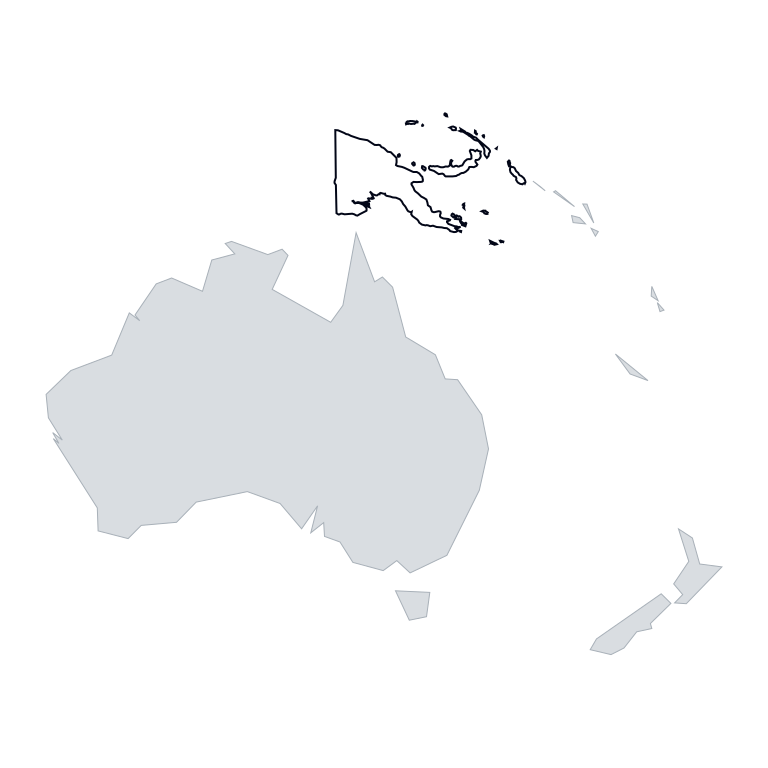 Papua New Guinea on a map of Oceania (orthographic projection)
{"feature_id": "PNG", "entity_name": "Papua New Guinea", "entity_type": "country or territory", "adm_level": 0, "iso_a3": "PNG", "parent_name": "Oceania", "parent_adm1": "", "projection": "orthographic", "projection_center": [148.76, -6.492], "detail": "fine", "context": "in_parent", "style": "outline", "palette": "ink", "viewbox_px": 768, "rotation_deg": 0, "n_neighbors": 5, "source": "natural_earth", "source_scale": "50m", "svg_char_len": 7816}
<svg xmlns="http://www.w3.org/2000/svg" viewBox="0 0 768 768"><path d="M657.3,302.6L664.0,310.1L660.0,311.6L657.3,302.6ZM658.1,300.7L651.2,296.1L651.8,286.4L658.1,300.7Z" fill="#d9dde1" stroke="#a8b0b8" stroke-width="1"/><path d="M615.4,354.0L648.0,380.6L630.1,374.0L615.4,354.0Z" fill="#d9dde1" stroke="#a8b0b8" stroke-width="1"/><path d="M598.3,231.6L595.4,236.2L591.1,228.3L598.3,231.6ZM587.0,204.1L593.8,223.0L582.8,204.0L587.0,204.1ZM585.5,223.9L573.1,222.6L571.6,215.6L579.7,217.7L585.5,223.9ZM555.5,190.7L574.5,206.6L553.6,191.9L555.5,190.7ZM540.3,186.6L545.2,190.8L532.9,181.1L540.3,186.6Z" fill="#d9dde1" stroke="#a8b0b8" stroke-width="1"/><path d="M721.9,566.9L686.3,603.7L674.6,602.9L682.7,594.6L673.7,583.9L688.8,561.4L678.5,528.9L692.4,538.0L699.7,564.0L721.9,566.9ZM596.5,638.9L661.2,593.8L670.9,603.4L650.4,623.5L651.8,628.5L636.7,631.8L624.0,648.0L611.0,654.6L590.2,649.7L596.5,638.9Z" fill="#d9dde1" stroke="#a8b0b8" stroke-width="1"/><path d="M395.5,590.8L429.8,592.4L426.5,616.7L409.3,620.2L395.5,590.8ZM196.2,502.1L176.5,522.3L141.2,525.4L128.1,538.6L98.1,530.9L97.3,507.9L53.3,438.6L58.9,443.4L52.7,432.6L62.3,440.1L48.4,417.8L46.1,394.4L70.9,370.5L111.7,355.1L129.3,312.9L139.7,320.7L135.0,315.0L156.2,283.9L171.6,278.0L202.5,291.3L211.8,260.0L234.8,253.9L225.2,243.5L231.5,241.4L267.8,254.6L282.1,249.2L288.0,255.4L272.2,289.4L330.7,322.3L342.9,305.4L356.1,232.7L374.6,281.8L382.4,277.0L392.6,287.2L405.7,337.0L435.4,354.8L445.2,378.9L457.6,379.7L481.7,414.8L488.5,448.9L479.3,490.3L446.9,555.3L410.1,572.9L396.8,560.6L383.2,570.6L352.9,562.4L340.0,542.0L324.5,536.4L323.7,522.6L310.8,532.8L317.6,505.8L301.6,528.8L280.1,503.5L247.3,491.6L196.2,502.1Z" fill="#d9dde1" stroke="#a8b0b8" stroke-width="1"/><path d="M336.5,213.2L335.9,185.0L334.5,182.9L334.6,181.2L335.8,177.8L335.3,130.1L338.0,130.3L344.3,133.0L346.2,134.1L348.1,134.4L351.0,135.9L359.8,138.9L367.5,140.2L374.6,144.9L376.9,145.0L378.5,144.8L379.8,145.1L380.4,145.5L380.7,146.2L381.7,147.2L383.1,147.7L384.5,148.6L387.6,151.7L390.8,152.2L396.3,157.7L396.5,158.6L396.6,162.2L396.0,165.1L397.4,166.0L401.9,166.9L404.4,167.8L412.4,171.6L413.5,172.0L416.8,172.0L419.2,173.4L421.3,176.0L422.2,176.7L422.9,179.7L422.8,181.1L422.3,181.6L421.0,181.9L416.6,182.1L413.5,181.9L411.5,183.3L411.5,184.5L413.4,187.6L414.5,190.3L415.4,191.4L417.9,193.3L421.3,196.6L423.9,197.9L426.4,199.5L427.4,202.5L427.9,205.3L430.5,207.1L431.4,210.2L432.1,211.6L433.4,212.1L434.8,212.1L438.6,211.2L439.9,211.4L440.5,211.9L440.7,213.3L440.1,214.7L440.0,216.2L440.7,217.3L443.4,218.5L448.3,219.0L450.1,219.8L449.8,220.4L447.0,221.3L447.0,222.1L448.4,223.9L454.5,226.2L456.7,226.4L458.3,227.1L460.6,226.8L458.0,228.1L455.6,227.7L455.1,228.1L456.1,229.2L458.1,230.4L457.7,230.9L456.0,231.9L454.0,232.1L450.2,231.1L449.3,229.9L446.9,228.2L444.2,228.0L441.8,227.4L436.6,227.0L433.0,225.7L430.2,226.2L428.2,225.4L426.7,225.1L425.5,225.4L421.9,224.6L419.2,222.6L418.5,221.1L417.3,219.6L412.4,216.0L411.2,214.2L411.7,211.8L411.1,212.2L410.4,212.1L408.3,211.3L407.5,210.4L405.3,206.5L403.2,204.1L401.8,201.4L399.9,199.3L396.0,197.7L392.7,197.4L390.4,196.6L386.5,195.8L385.3,195.0L385.1,193.7L383.9,193.8L380.6,192.9L379.8,193.3L379.6,194.3L378.6,194.2L377.0,195.4L376.0,195.4L372.9,194.3L370.6,192.1L369.8,191.6L370.9,192.8L373.5,197.8L372.2,197.8L372.8,198.7L372.1,198.9L368.5,198.3L368.1,198.5L369.4,201.1L362.9,202.6L360.5,202.6L358.0,202.1L355.7,202.8L354.7,202.7L353.4,200.8L351.7,201.2L353.2,201.2L354.0,202.7L355.1,203.4L356.3,203.0L359.1,203.0L363.1,204.7L365.6,207.0L366.5,208.3L366.6,210.2L366.4,210.8L360.1,214.0L357.4,215.6L356.0,215.3L354.3,214.3L352.2,213.7L344.6,214.3L341.8,213.6L340.4,213.8L339.5,214.4L338.5,214.5L336.5,213.2ZM473.3,150.0L475.2,151.3L477.1,149.9L478.1,150.9L480.8,151.6L480.2,153.5L480.7,155.3L480.7,156.6L480.1,157.8L478.9,159.4L477.7,159.9L475.8,160.0L475.4,160.9L475.5,161.9L477.4,164.6L476.5,165.9L473.8,167.2L471.7,166.9L469.4,167.0L468.2,169.5L465.7,171.7L463.4,172.9L461.8,173.0L460.4,173.6L459.1,174.6L457.6,175.1L456.1,176.0L452.5,176.4L445.7,176.4L445.0,176.0L443.6,174.2L442.3,173.6L438.7,174.1L433.9,170.9L429.8,169.6L429.0,168.4L429.1,166.8L430.2,165.9L431.9,166.4L433.2,166.1L434.7,166.4L437.4,166.1L440.5,167.2L442.0,167.3L443.5,167.2L445.5,166.5L448.0,166.6L449.7,165.6L450.3,161.7L450.7,160.3L451.3,160.0L452.3,160.8L451.2,162.3L451.1,163.8L451.5,165.4L452.5,166.6L453.9,166.7L455.3,165.9L456.7,165.8L458.1,166.6L459.5,166.4L460.1,165.9L461.6,165.6L462.3,165.3L464.6,161.4L467.0,159.4L468.5,159.1L470.2,159.2L471.4,158.5L471.4,155.3L469.8,151.0L470.5,149.8L473.3,150.0ZM525.5,182.1L524.9,183.5L524.6,183.0L523.5,183.4L522.5,184.3L520.0,183.8L517.7,182.4L516.1,179.9L516.4,178.4L516.0,177.1L513.6,175.8L512.7,174.5L511.9,173.9L510.5,172.2L509.9,169.8L510.3,167.3L510.2,166.0L511.9,167.0L513.5,167.2L514.8,168.3L516.0,171.0L518.2,172.9L519.4,175.1L521.5,176.1L523.8,178.1L525.1,180.5L525.5,182.1ZM488.6,155.8L486.9,157.9L485.0,155.4L484.3,153.6L484.5,150.9L484.1,149.0L483.3,147.2L479.2,141.9L478.1,140.9L475.3,140.2L474.1,139.6L470.3,136.4L468.9,135.7L468.1,134.9L463.8,132.2L462.5,131.6L461.0,131.6L459.7,131.0L460.7,130.7L461.0,129.8L460.7,128.9L465.2,131.7L465.8,132.8L467.0,132.8L469.0,133.7L471.7,135.4L473.2,136.7L476.1,137.7L478.0,139.7L488.6,148.7L489.9,150.6L490.0,151.8L488.9,153.4L488.6,155.8ZM412.8,121.1L417.0,121.9L417.3,121.9L417.3,121.5L417.6,121.7L417.5,122.4L416.2,122.4L414.5,123.9L413.7,123.7L411.0,124.0L408.7,123.5L408.1,124.0L407.2,123.8L406.1,124.3L405.9,123.3L406.9,122.9L406.7,121.9L407.5,121.3L408.8,121.3L410.1,121.0L412.8,121.1ZM456.7,215.4L458.4,216.5L459.4,216.2L459.9,216.4L461.1,217.6L461.2,219.5L460.6,220.0L460.7,219.5L460.2,219.4L455.5,219.0L456.4,217.8L455.5,216.6L455.5,215.6L456.7,215.4ZM455.8,130.1L453.2,130.2L452.3,130.0L450.8,128.1L449.7,127.6L451.5,126.8L453.1,126.5L455.7,127.6L456.0,128.5L455.8,130.1ZM463.6,224.0L464.1,224.1L465.0,223.1L465.8,222.8L466.3,223.3L465.4,226.3L462.0,225.0L462.0,223.8L461.2,223.4L459.9,220.9L459.8,220.1L460.8,221.3L463.2,223.0L463.1,223.6L463.6,224.0ZM483.2,210.6L485.5,210.7L485.9,211.5L487.2,212.1L487.8,212.6L487.3,213.3L487.4,213.9L486.1,214.0L484.3,213.3L484.1,212.8L483.3,211.9L481.7,211.3L483.2,210.6ZM494.1,242.8L496.2,243.5L496.9,244.2L494.3,244.8L493.9,244.3L492.1,243.9L491.9,243.0L491.0,243.3L491.4,242.7L490.4,242.1L490.0,240.8L494.1,242.8ZM425.0,170.4L424.5,170.5L424.3,169.9L423.1,169.4L421.9,167.9L422.1,166.2L422.8,166.1L425.4,167.7L425.7,168.2L425.5,169.6L425.0,170.4ZM454.6,216.1L454.2,217.6L453.4,217.4L451.4,215.6L451.7,214.3L452.6,213.6L454.0,214.4L454.6,216.1ZM509.8,165.2L508.9,165.9L508.3,164.3L507.8,161.7L509.0,160.5L509.6,161.0L509.7,162.1L510.2,163.1L509.8,165.2ZM414.2,165.4L413.5,165.5L412.1,163.8L412.2,163.2L413.6,162.3L414.6,163.1L414.8,164.8L414.2,165.4ZM446.7,114.3L447.2,116.4L446.0,116.2L444.4,114.9L444.4,114.0L444.9,113.4L445.5,113.5L446.7,114.3ZM399.5,156.5L398.6,156.8L398.0,156.6L397.8,155.7L398.0,154.9L399.2,154.1L399.7,154.5L399.9,155.4L399.5,156.5ZM464.0,207.6L464.2,208.5L463.2,207.6L463.7,205.5L462.7,204.9L463.3,204.0L464.2,203.6L464.1,204.9L464.4,205.5L464.0,207.6ZM369.1,206.6L369.4,207.2L367.5,206.4L364.9,204.8L364.3,204.0L367.3,205.2L369.1,206.6ZM369.1,204.7L368.5,204.7L366.3,203.9L365.7,203.3L369.0,203.5L369.1,204.7ZM503.4,241.5L503.2,242.1L502.8,241.9L501.4,242.2L500.7,242.2L500.2,241.2L501.4,241.5L501.2,240.8L503.4,241.5ZM484.2,136.2L483.9,137.3L483.1,136.7L482.6,135.7L483.0,135.3L483.8,135.1L484.2,136.2ZM477.0,133.8L476.8,134.4L476.4,134.4L475.1,132.8L475.4,132.5L477.0,133.8ZM461.2,231.0L461.0,232.0L459.8,231.5L460.0,230.8L461.2,231.0ZM475.8,132.0L474.9,132.3L475.0,130.7L475.7,131.1L475.8,132.0ZM423.1,125.2L422.7,125.9L421.3,125.6L422.0,125.5L422.6,124.7L423.1,125.2ZM496.8,147.9L496.6,149.0L495.9,148.6L496.8,147.9Z" fill="none" stroke="#020617" stroke-width="2"/></svg>